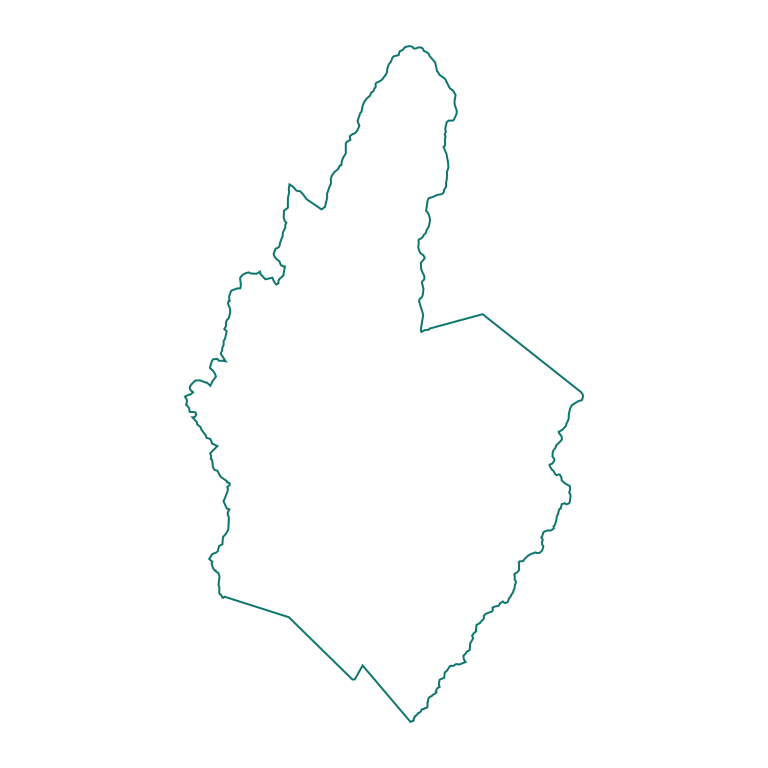 Santa María, Catamarca, Argentina
{"feature_id": "61730980B13734740101485", "entity_name": "Santa María", "entity_type": "district", "adm_level": 2, "iso_a3": "ARG", "parent_name": "Argentina", "parent_adm1": "Catamarca", "projection": "natural_earth1", "projection_center": [-66.174, -26.722], "detail": "fine", "context": "isolated", "style": "outline", "palette": "teal", "viewbox_px": 768, "rotation_deg": 0, "n_neighbors": 0, "source": "geoboundaries", "source_scale": "gbopen_adm2", "svg_char_len": 6084}
<svg xmlns="http://www.w3.org/2000/svg" viewBox="0 0 768 768"><path d="M454.4,102.0L455.6,95.0L453.3,90.9L449.7,88.1L445.0,78.8L439.5,74.9L438.1,72.2L437.1,71.3L435.1,62.3L429.7,56.1L428.7,53.9L426.5,52.0L424.0,51.1L422.8,48.7L421.6,47.7L419.2,47.3L414.7,48.7L413.2,48.1L412.7,47.0L411.8,46.6L409.5,46.1L405.2,47.0L402.5,50.2L400.1,51.0L399.2,52.7L398.7,55.0L393.3,56.5L392.0,58.7L391.1,61.4L388.7,64.5L387.3,68.8L386.9,72.5L385.5,75.0L382.1,79.6L379.3,81.5L376.2,82.8L375.5,84.4L375.8,86.2L375.2,87.7L374.6,88.1L373.5,91.1L371.2,92.6L369.8,95.9L366.6,98.6L364.0,102.3L362.6,106.1L361.4,112.0L360.3,113.0L357.5,121.1L359.4,125.9L357.5,130.0L355.6,132.7L354.4,133.5L352.7,134.0L350.3,135.8L349.7,136.9L350.4,139.8L346.6,142.0L345.8,143.4L345.8,153.0L345.1,154.9L343.8,156.4L342.4,159.5L341.5,162.8L341.4,165.1L339.6,165.9L338.1,169.0L334.1,172.4L332.1,175.2L330.8,178.5L331.0,182.5L330.8,184.1L329.9,185.7L327.0,194.0L327.2,197.6L324.9,207.0L321.5,209.4L306.5,199.1L303.3,194.6L300.0,191.1L298.2,191.2L296.2,190.4L293.0,186.7L289.5,184.4L288.8,188.8L289.1,192.5L287.9,198.1L287.9,207.7L284.0,210.7L283.7,217.6L284.7,220.9L286.4,222.7L285.2,225.0L285.4,227.3L282.9,232.5L282.6,236.6L281.7,238.2L280.1,242.8L279.6,245.6L278.7,247.3L275.5,248.8L273.6,254.0L274.4,256.3L275.9,258.5L279.5,261.5L280.8,265.1L283.5,266.4L284.9,266.5L283.3,275.6L279.8,278.6L278.5,280.5L278.4,283.4L276.2,284.5L274.2,281.9L272.4,277.7L265.4,279.3L260.4,274.0L260.1,271.7L256.4,273.8L250.5,273.4L249.0,272.4L246.1,273.0L242.7,274.8L241.0,276.6L240.0,278.3L240.8,283.8L240.8,286.4L240.2,288.3L237.0,288.5L231.1,290.8L229.2,296.2L229.2,298.9L229.7,301.0L228.6,301.3L228.7,301.8L227.9,302.8L228.5,305.2L229.8,307.7L230.3,312.0L229.0,317.7L226.8,320.2L225.9,322.8L226.1,325.8L224.3,329.1L226.7,331.2L225.0,339.0L223.7,340.6L223.6,345.1L222.2,347.9L222.3,349.9L220.7,353.6L225.6,361.3L223.4,360.8L218.8,360.7L217.5,359.0L213.3,359.2L211.9,361.2L210.2,366.5L210.1,368.2L213.0,370.7L214.9,373.7L216.0,376.5L212.7,380.9L210.4,385.8L207.0,382.6L205.7,382.6L200.2,380.4L195.3,380.5L191.1,384.7L189.9,386.7L189.8,388.8L190.7,390.2L193.1,392.3L190.2,394.7L189.3,394.5L185.0,396.6L186.5,398.9L187.0,401.4L186.1,404.9L186.8,405.1L189.2,408.3L189.6,411.8L195.1,412.2L196.4,414.3L194.8,417.1L192.4,417.3L196.8,422.1L197.3,424.5L200.7,427.2L200.8,428.3L202.4,431.0L206.0,435.6L206.5,437.9L210.2,438.9L211.6,441.7L211.9,443.5L217.4,446.1L210.1,453.3L211.2,456.2L210.8,459.0L212.2,460.0L212.9,467.2L214.6,470.0L217.4,470.7L220.5,476.7L226.8,481.1L226.9,482.1L229.5,483.2L229.7,485.2L227.3,487.0L228.0,489.8L225.1,497.7L223.5,501.2L226.7,508.4L229.4,509.4L227.8,512.2L227.7,514.7L228.9,517.2L228.3,529.7L225.8,534.0L223.0,537.0L222.4,544.3L219.1,546.0L217.7,551.4L215.8,552.7L212.2,554.1L209.2,558.9L212.4,561.9L211.6,563.9L213.2,568.5L214.5,570.3L215.5,570.3L215.9,571.5L218.3,572.9L219.3,575.6L219.5,576.8L218.5,584.5L219.4,587.6L219.2,592.3L219.7,594.1L221.0,594.7L222.3,597.5L223.3,597.8L224.4,596.7L288.8,617.2L352.4,679.5L354.8,679.4L362.6,665.5L410.5,721.9L412.1,721.1L413.1,721.0L413.8,720.1L413.5,719.3L413.7,718.5L414.7,717.4L414.9,716.2L416.2,715.5L418.4,713.0L420.1,712.3L422.2,709.1L423.7,709.2L424.8,708.3L427.0,707.6L427.4,707.2L427.6,703.7L427.3,702.7L427.8,701.9L428.5,698.2L429.9,696.9L432.2,695.7L432.7,694.9L435.2,693.6L436.5,692.2L435.8,691.7L436.8,689.0L437.8,687.8L439.6,687.0L438.9,684.4L439.4,680.2L439.8,679.6L444.2,677.7L444.8,672.4L446.8,670.9L449.8,666.3L450.2,665.8L453.4,665.9L456.2,664.0L458.6,664.5L460.2,664.2L465.6,662.0L463.9,659.5L463.4,655.8L465.8,653.5L466.8,651.6L469.6,650.3L470.2,643.4L473.1,638.4L472.2,636.0L472.3,635.2L474.3,632.7L476.1,631.5L476.0,629.5L476.5,624.9L480.1,623.0L480.2,622.4L482.8,619.8L484.0,618.1L483.8,615.9L485.4,614.0L492.1,611.4L492.9,609.8L492.5,607.7L493.0,607.4L494.6,606.6L498.2,605.9L499.4,604.8L500.0,603.3L502.9,601.5L504.4,602.8L505.2,603.0L507.3,602.4L508.0,601.4L509.1,598.2L510.5,596.8L511.4,594.5L513.0,592.7L513.5,590.4L514.6,588.0L514.9,585.3L516.1,581.8L514.7,579.7L514.7,575.6L514.3,574.8L514.7,573.7L516.9,572.7L519.0,570.2L519.1,564.3L518.7,562.7L519.4,561.4L523.2,561.1L524.2,559.4L527.8,555.9L531.6,553.6L533.8,553.2L534.9,552.4L537.1,553.0L539.5,552.9L541.7,551.0L542.5,549.6L543.4,546.4L542.2,544.6L542.0,542.9L541.9,542.0L542.6,540.7L542.6,539.2L541.3,537.5L542.2,536.3L543.3,532.6L544.2,531.6L548.1,530.4L550.3,530.6L551.7,530.0L554.0,528.3L553.5,526.4L554.5,525.6L555.0,524.3L556.3,520.5L556.8,516.4L557.9,514.5L558.9,510.3L559.5,508.9L560.7,508.6L561.7,504.2L564.7,503.2L566.3,504.3L567.8,503.9L569.4,502.9L569.8,502.1L570.5,496.0L570.4,494.3L569.2,492.8L570.1,489.3L569.9,486.1L565.3,483.6L561.8,480.6L561.3,477.2L559.8,474.8L558.8,474.4L556.6,475.2L555.4,474.4L553.2,470.5L551.9,469.7L549.9,466.3L549.6,464.7L552.2,463.6L554.5,460.3L554.0,458.5L552.5,456.6L552.7,452.2L553.5,450.3L555.5,447.8L556.2,445.4L559.8,441.9L561.7,439.8L562.0,438.7L561.4,436.0L559.2,433.3L558.7,431.8L562.5,429.7L566.1,425.7L566.3,423.7L567.5,421.8L568.7,418.6L568.8,414.3L570.0,409.0L571.8,405.2L578.5,401.0L581.3,400.4L582.2,399.7L583.0,396.4L582.8,394.8L581.0,392.1L482.6,314.2L429.9,328.5L428.8,329.6L424.6,330.2L421.4,331.9L420.9,330.6L421.1,327.9L423.2,314.8L419.1,301.3L419.5,299.2L421.9,297.1L422.6,295.6L423.5,289.1L421.9,282.6L422.3,281.3L424.1,279.6L424.4,277.8L424.3,276.5L423.4,273.9L422.7,272.9L421.2,269.3L420.8,262.9L424.6,258.4L424.5,257.1L423.3,255.3L420.2,252.9L418.9,249.9L418.2,247.0L418.8,242.6L418.4,240.7L418.9,239.4L421.2,238.5L423.1,236.4L423.9,234.7L425.5,233.4L426.1,232.3L426.4,230.5L428.5,227.2L429.2,224.7L430.1,220.3L429.8,218.2L428.3,213.3L426.1,210.8L427.6,200.6L428.7,198.2L432.7,197.0L437.5,194.8L441.2,194.3L442.6,193.6L443.8,192.1L444.0,189.9L446.1,186.6L446.0,182.9L446.9,178.9L446.7,178.5L447.1,174.7L446.9,172.0L448.4,167.6L448.0,162.2L446.5,154.1L443.5,146.9L444.8,145.9L445.1,145.0L445.0,138.6L445.6,136.3L444.7,134.6L445.1,133.3L445.9,132.1L445.2,129.0L446.7,122.2L448.6,120.6L452.6,120.6L453.8,119.8L456.1,115.0L456.7,113.0L456.7,110.5L454.9,105.4L454.4,102.0Z" fill="none" stroke="#0f766e" stroke-width="2"/></svg>